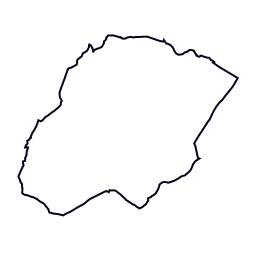 the district of Satu Mare, Harghita, Romania, rotated 5°
{"feature_id": "2599482B48520966661881", "entity_name": "Satu Mare", "entity_type": "district", "adm_level": 2, "iso_a3": "ROU", "parent_name": "Romania", "parent_adm1": "Harghita", "projection": "natural_earth1", "projection_center": [25.408, 46.349], "detail": "fine", "context": "isolated", "style": "outline", "palette": "ink", "viewbox_px": 256, "rotation_deg": 5, "n_neighbors": 0, "source": "geoboundaries", "source_scale": "gbopen_adm2", "svg_char_len": 5494}
<svg xmlns="http://www.w3.org/2000/svg" viewBox="0 0 256 256"><g transform="rotate(5 128 128)"><path d="M194.4,163.4L194.8,162.5L195.9,158.7L196.9,156.8L198.1,155.0L201.9,152.2L200.2,151.5L197.5,142.8L196.9,140.7L195.3,137.6L198.6,130.6L201.1,126.0L201.6,125.1L203.1,122.3L204.9,118.9L207.1,114.6L208.5,112.6L209.5,110.0L210.6,106.9L210.8,106.4L211.7,104.0L213.4,100.4L214.1,99.0L216.6,95.1L219.5,91.8L222.1,87.5L222.7,86.6L222.8,86.5L223.7,85.2L226.5,81.0L228.4,78.2L230.2,74.7L233.0,68.7L226.9,65.7L215.7,60.3L214.2,59.6L211.0,57.8L207.2,55.6L208.2,54.9L207.9,54.6L207.1,54.1L206.3,53.6L204.8,53.1L204.0,52.3L202.7,51.0L200.8,51.0L197.8,50.4L195.5,49.8L195.0,49.5L194.4,49.6L194.0,49.7L193.8,50.0L193.5,50.3L193.2,50.6L192.9,50.8L192.7,50.8L192.2,50.7L191.4,50.4L191.0,50.5L190.8,50.4L190.5,50.1L189.8,49.7L189.7,49.5L189.8,49.1L189.0,48.3L188.4,47.8L188.3,47.4L187.6,46.4L187.2,45.9L186.8,45.2L185.7,45.0L183.7,44.7L182.2,45.1L181.6,45.7L181.0,46.1L180.6,46.9L179.8,47.1L179.3,47.1L178.7,47.5L178.2,47.7L177.1,48.5L176.1,49.6L175.2,50.0L174.7,50.0L173.9,50.2L173.0,50.4L171.8,50.6L171.3,50.4L169.7,49.7L168.8,48.8L168.5,48.4L168.0,47.7L167.3,47.0L167.0,46.1L166.3,45.0L165.4,43.6L164.5,43.1L164.3,42.7L163.5,42.0L162.9,41.8L162.7,41.4L161.9,41.3L161.5,41.1L160.8,40.7L159.5,40.5L158.8,40.6L158.6,40.4L158.3,39.9L157.6,39.2L157.3,38.7L156.8,38.0L156.2,37.3L156.1,38.2L155.4,38.9L154.3,38.7L153.7,38.7L153.1,38.6L150.5,38.2L148.7,37.7L146.0,37.0L142.6,36.2L139.2,35.3L136.7,35.6L136.3,35.6L135.9,35.6L132.2,36.2L131.9,36.3L131.5,36.3L130.9,36.4L130.3,36.4L129.8,36.4L129.0,36.5L128.6,36.6L128.1,36.6L127.7,36.7L127.4,36.8L126.6,37.0L126.0,37.2L125.3,37.3L122.1,37.0L121.0,37.5L119.3,38.0L118.4,38.5L117.8,39.0L117.5,39.1L116.4,39.4L115.8,39.3L115.2,39.2L114.7,39.3L114.2,39.3L114.1,39.0L113.7,39.0L113.5,38.7L113.2,38.7L112.9,38.3L112.6,38.3L112.4,38.1L111.9,38.4L111.6,38.5L111.4,38.4L111.2,38.2L110.9,38.1L110.3,37.9L109.7,38.0L109.5,37.8L105.9,37.2L104.7,37.0L104.2,37.1L103.5,37.3L100.4,37.4L98.5,39.6L98.7,40.4L98.6,41.3L97.8,42.5L96.9,43.6L96.6,43.7L96.5,45.9L96.1,46.9L95.2,48.8L94.9,49.3L94.5,49.7L92.4,50.9L91.4,51.4L89.9,51.9L88.9,52.5L88.0,53.0L87.2,54.4L86.9,54.9L86.6,55.0L86.5,54.8L86.6,54.0L86.3,53.3L86.2,52.8L85.8,52.2L85.5,51.5L84.5,49.9L84.0,49.1L82.4,48.2L82.1,48.2L82.0,50.2L82.2,50.4L81.5,52.4L81.1,53.4L80.5,54.5L80.3,54.8L79.1,55.8L76.5,57.5L75.6,60.7L72.2,63.8L71.4,64.9L71.4,65.0L71.5,66.2L71.6,67.8L71.5,68.7L71.4,69.1L71.1,69.5L68.9,71.0L67.4,72.0L66.7,72.4L66.4,72.7L65.9,72.9L65.3,73.1L64.7,73.3L64.1,73.6L63.8,73.9L63.6,74.1L63.4,74.6L62.9,74.5L62.5,76.6L62.1,78.2L61.5,80.3L61.1,81.9L60.8,83.0L60.5,84.2L60.1,85.8L59.6,87.6L59.1,89.5L58.7,91.0L58.0,93.4L57.3,96.2L57.0,97.6L56.7,98.7L56.7,98.8L57.0,100.6L57.1,101.3L57.4,102.7L57.6,103.7L58.8,105.2L59.6,106.5L59.7,106.8L59.3,107.3L58.9,108.3L59.0,110.6L58.8,111.1L58.2,111.8L57.7,112.6L56.7,113.7L52.8,117.6L50.5,119.4L46.7,123.0L44.9,124.1L43.5,125.9L42.4,127.5L40.8,128.9L39.2,128.5L38.0,128.1L37.3,131.3L36.7,133.5L36.3,134.9L35.8,135.8L35.3,137.1L34.7,138.2L34.2,139.4L33.4,140.7L33.0,141.8L32.7,142.5L32.2,144.1L31.9,145.1L31.7,145.6L31.8,145.7L32.2,146.0L31.9,146.5L31.2,147.0L30.9,147.5L30.8,148.1L30.0,148.6L28.7,149.5L29.1,151.0L29.3,152.1L29.1,152.6L28.6,153.1L28.0,153.8L27.8,154.1L27.4,156.0L27.3,156.4L28.7,156.0L29.3,156.0L30.1,156.1L29.7,158.5L29.3,159.0L29.1,162.1L29.1,162.9L29.2,163.3L29.3,163.6L29.4,163.8L28.9,164.5L28.8,165.1L28.5,166.2L28.3,167.0L28.1,167.2L28.2,167.7L28.4,168.5L28.3,169.2L28.1,169.7L28.1,169.8L27.6,169.9L27.0,170.1L26.3,170.5L26.3,171.0L26.6,171.8L26.7,173.3L27.0,173.8L27.2,174.5L26.7,175.5L26.2,176.2L26.1,177.1L25.6,178.2L24.8,180.1L24.7,181.0L24.5,181.3L24.1,183.0L23.8,183.5L23.6,184.6L23.4,185.0L23.0,185.5L23.9,187.6L25.0,189.2L25.2,189.6L25.3,190.3L25.3,190.7L26.0,191.6L27.0,192.9L27.4,193.2L27.3,193.8L27.7,196.1L28.1,197.3L28.3,202.1L28.8,202.5L29.1,202.7L30.7,203.5L31.9,203.7L33.7,203.8L35.2,204.2L37.2,204.8L38.5,205.3L39.4,205.0L41.0,205.9L41.7,206.1L42.7,206.3L43.4,206.7L44.5,207.3L45.3,208.0L48.1,209.5L49.8,210.2L50.2,210.3L50.7,210.7L51.3,211.2L51.9,211.8L53.0,213.2L53.9,213.9L54.3,214.2L54.9,215.2L55.7,215.7L56.7,218.5L57.3,219.1L58.0,219.2L58.4,219.2L58.5,219.2L60.1,219.6L62.2,219.8L65.3,219.8L71.1,220.7L73.2,219.1L78.3,216.1L80.2,214.8L82.9,212.7L90.6,207.5L90.7,207.4L91.8,206.4L95.4,202.8L97.3,201.4L100.3,199.6L105.3,196.6L107.4,195.2L107.5,195.2L108.0,194.9L111.1,192.9L111.4,192.9L111.6,193.1L112.8,192.9L114.4,193.5L114.4,193.4L115.1,191.6L116.9,191.7L117.9,191.5L119.2,191.3L120.3,191.4L120.8,191.5L121.4,191.7L123.2,192.9L123.3,193.0L126.4,194.9L128.2,196.4L128.3,196.5L129.6,197.4L132.5,199.9L136.1,201.8L139.7,203.8L140.5,203.8L142.0,204.6L143.3,205.6L144.7,206.4L145.2,206.5L145.5,206.5L146.5,207.2L147.0,206.7L148.7,205.9L149.7,205.0L150.1,204.7L150.7,203.9L151.2,203.4L151.9,203.0L152.5,202.4L154.5,198.2L154.1,196.5L154.2,196.1L154.4,196.0L155.1,195.7L156.7,194.9L157.5,193.9L159.4,192.6L161.3,190.8L161.5,189.9L162.2,189.0L162.3,188.9L162.6,187.9L163.2,186.9L163.4,185.8L163.6,185.3L163.9,184.7L164.1,183.6L164.2,182.5L164.3,182.2L164.4,181.5L165.2,180.7L166.0,180.0L167.5,179.0L167.8,178.9L168.7,178.6L170.6,178.6L171.8,178.8L172.7,179.0L173.6,178.7L175.9,177.8L178.8,176.4L182.1,174.2L185.1,171.8L185.4,171.6L185.7,171.5L186.6,171.0L187.9,170.6L188.8,170.1L189.2,169.8L190.7,168.2L191.7,167.3L192.0,167.0L192.3,166.7L193.6,164.9L193.9,164.5L194.4,163.6L194.4,163.4Z" fill="none" stroke="#020617" stroke-width="2"/></g></svg>